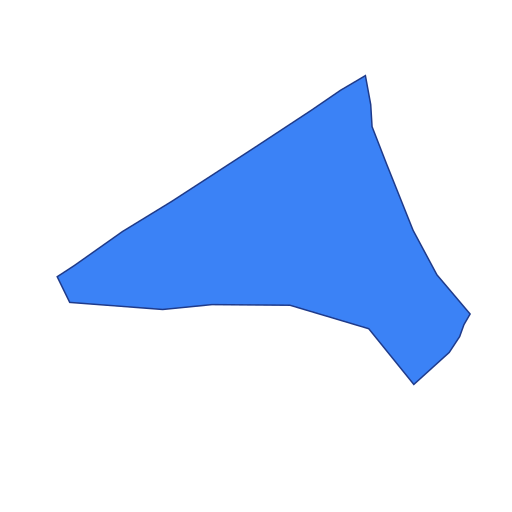 Santiago Tepetlapa, Oaxaca, Mexico (Robinson projection), rotated 259°
{"feature_id": "50627088B27053474017051", "entity_name": "Santiago Tepetlapa", "entity_type": "district", "adm_level": 2, "iso_a3": "MEX", "parent_name": "Mexico", "parent_adm1": "Oaxaca", "projection": "robinson", "projection_center": [-97.399, 17.797], "detail": "fine", "context": "isolated", "style": "filled", "palette": "blue", "viewbox_px": 512, "rotation_deg": 259, "n_neighbors": 0, "source": "geoboundaries", "source_scale": "gbopen_adm2", "svg_char_len": 466}
<svg xmlns="http://www.w3.org/2000/svg" viewBox="0 0 512 512"><g transform="rotate(259 256 256)"><path d="M148.9,447.0L158.2,455.1L203.0,430.0L251.2,415.1L322.1,401.6L360.8,394.6L382.8,397.5L412.2,397.8L402.6,370.7L388.2,337.4L361.4,272.1L325.7,183.7L305.5,129.6L281.2,75.6L273.6,56.9L259.0,60.8L246.0,64.3L221.3,154.2L216.7,203.5L201.2,279.9L163.1,352.8L99.8,386.4L124.5,427.3L138.0,440.5L148.9,447.0Z" fill="#3b82f6" stroke="#1e3a8a" stroke-width="1.5"/></g></svg>